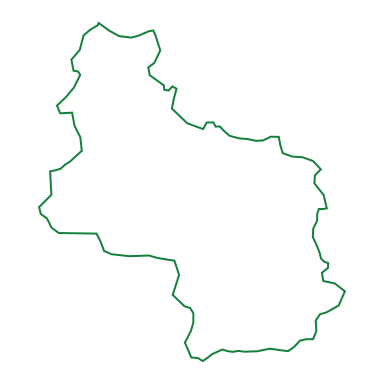 the Province of Veliko Tarnovo
{"feature_id": "BGR-2249", "entity_name": "Veliko Tarnovo", "entity_type": "Province", "adm_level": 1, "iso_a3": "BGR", "parent_name": "Bulgaria", "parent_adm1": "", "projection": "equal_earth", "projection_center": [25.637, 43.224], "detail": "fine", "context": "isolated", "style": "outline", "palette": "green", "viewbox_px": 384, "rotation_deg": 0, "n_neighbors": 0, "source": "natural_earth", "source_scale": "10m", "svg_char_len": 1578}
<svg xmlns="http://www.w3.org/2000/svg" viewBox="0 0 384 384"><path d="M98.6,23.0L99.5,23.6L109.0,30.5L119.1,36.1L131.2,37.6L137.6,36.0L149.0,31.2L153.2,30.5L155.2,34.6L160.3,50.4L154.3,62.9L148.3,67.4L149.7,75.2L163.8,85.4L164.3,89.8L168.6,90.5L172.4,86.4L176.5,88.7L173.8,98.9L171.9,108.6L187.3,123.3L203.1,129.1L206.7,122.5L213.4,122.4L215.6,126.6L219.9,126.5L224.0,130.9L229.5,135.8L238.9,138.3L248.5,139.2L255.7,140.8L263.0,140.5L270.8,136.7L278.8,136.9L280.2,144.6L282.7,153.1L292.3,156.6L302.5,157.2L313.1,161.1L320.8,169.3L314.9,175.4L314.4,183.4L323.6,194.9L326.8,208.3L322.9,209.1L318.9,209.0L317.1,214.3L317.2,220.5L313.3,228.4L312.8,237.1L316.5,244.8L319.7,252.9L321.0,258.5L324.3,261.8L328.2,263.1L328.0,267.8L321.9,272.8L323.3,281.0L334.7,283.4L344.9,291.3L338.7,305.5L326.6,312.3L320.0,314.2L315.7,320.6L316.4,331.1L313.0,339.2L306.4,339.2L300.0,340.6L294.2,346.8L288.0,351.2L269.7,348.7L257.1,351.3L244.4,351.7L238.5,350.9L232.7,351.9L227.4,351.1L222.4,349.5L212.2,354.1L207.0,358.2L202.7,361.0L197.8,358.0L191.3,357.5L184.9,342.6L190.8,331.2L193.3,322.8L193.4,313.3L190.1,307.9L184.6,306.3L172.7,294.9L179.1,274.9L174.4,260.7L157.5,258.0L148.9,255.5L129.4,256.2L111.4,254.2L104.1,251.0L100.5,241.4L96.5,233.6L58.8,233.0L51.5,227.6L46.9,218.3L40.8,214.1L39.1,207.1L51.4,194.8L50.1,171.3L55.4,170.3L60.6,168.7L65.2,164.6L70.2,161.4L81.8,150.8L80.3,137.2L74.5,125.7L72.1,112.7L60.2,113.3L57.0,105.6L65.9,97.2L73.9,87.6L80.2,74.9L78.1,71.5L73.5,70.7L71.4,59.6L79.7,50.0L83.6,35.4L90.4,29.6L97.8,25.2L98.6,23.0Z" fill="none" stroke="#15803d" stroke-width="2"/></svg>